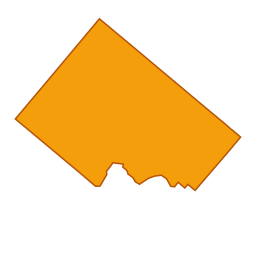 the district of Kay, Oklahoma, United States of America, rotated 40°
{"feature_id": "52423323B83070703413565", "entity_name": "Kay", "entity_type": "district", "adm_level": 2, "iso_a3": "USA", "parent_name": "United States of America", "parent_adm1": "Oklahoma", "projection": "mercator", "projection_center": [-97.024, 36.796], "detail": "fine", "context": "isolated", "style": "filled", "palette": "amber", "viewbox_px": 256, "rotation_deg": 40, "n_neighbors": 0, "source": "geoboundaries", "source_scale": "gbopen_adm2", "svg_char_len": 772}
<svg xmlns="http://www.w3.org/2000/svg" viewBox="0 0 256 256"><g transform="rotate(40 128 128)"><path d="M35.9,193.5L36.1,193.5L119.4,193.3L140.6,193.5L143.9,190.5L141.7,177.3L139.4,175.1L138.9,164.3L147.5,158.7L149.2,161.3L154.7,161.3L157.5,163.2L163.7,162.9L168.3,164.5L173.0,163.7L175.9,153.7L179.4,147.6L184.0,142.7L190.0,142.1L198.3,145.2L201.5,143.1L201.3,137.4L210.1,137.4L210.1,132.7L219.5,132.7L220.1,81.3L220.1,62.6L209.2,62.5L208.4,62.7L201.2,62.5L189.7,62.5L187.4,62.5L180.8,62.6L180.4,62.6L176.9,62.5L175.6,62.6L174.8,62.6L172.3,62.6L163.9,62.6L161.8,62.6L147.7,62.6L145.2,62.6L129.4,62.6L128.5,62.6L124.3,62.6L123.7,62.6L117.3,62.6L77.7,62.6L59.2,62.7L55.9,62.7L35.9,62.7L36.0,137.5L35.9,193.5Z" fill="#f59e0b" stroke="#b45309" stroke-width="1.5"/></g></svg>